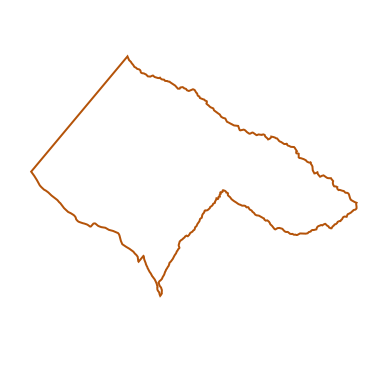 outline of Zonda, San Juan, Argentina, rotated 130°
{"feature_id": "61730980B79956801813082", "entity_name": "Zonda", "entity_type": "district", "adm_level": 2, "iso_a3": "ARG", "parent_name": "Argentina", "parent_adm1": "San Juan", "projection": "robinson", "projection_center": [-68.949, -31.574], "detail": "fine", "context": "isolated", "style": "outline", "palette": "amber", "viewbox_px": 384, "rotation_deg": 130, "n_neighbors": 0, "source": "geoboundaries", "source_scale": "gbopen_adm2", "svg_char_len": 5958}
<svg xmlns="http://www.w3.org/2000/svg" viewBox="0 0 384 384"><g transform="rotate(130 192 192)"><path d="M276.8,211.8L276.3,207.0L275.7,203.4L275.4,198.5L275.9,196.2L276.0,194.2L276.5,192.0L279.6,188.6L279.7,188.1L272.2,188.1L272.2,187.8L272.6,187.2L274.0,185.7L274.6,184.8L276.4,181.5L276.8,181.1L277.8,179.1L278.1,178.2L279.0,176.8L279.2,176.0L279.5,175.4L280.4,173.2L280.9,171.2L282.1,168.3L282.2,167.4L282.4,166.9L282.6,165.8L283.0,164.2L284.3,161.4L285.1,159.9L287.1,157.2L287.7,157.1L288.0,156.7L288.7,156.1L289.1,155.6L289.6,154.4L290.0,152.6L291.4,150.8L292.0,149.6L291.1,149.6L289.1,149.9L287.9,151.1L287.2,151.4L286.3,152.3L285.8,153.3L285.5,153.6L285.1,154.3L284.6,156.7L282.8,159.4L281.0,159.6L280.0,159.3L277.7,159.2L276.4,159.7L273.2,160.2L270.4,161.3L269.2,161.5L268.3,161.9L266.9,162.0L264.7,162.4L263.6,162.4L262.7,162.8L261.7,163.1L261.3,163.5L260.6,163.7L258.6,163.5L257.8,163.6L255.7,163.7L251.7,164.6L249.2,164.8L247.1,165.5L246.3,165.4L244.7,165.8L243.3,165.6L242.7,165.9L241.7,167.6L241.2,168.1L237.8,169.6L235.8,169.4L234.4,168.9L233.4,168.9L231.5,168.5L230.6,168.7L229.6,168.4L229.0,168.2L228.8,167.2L228.6,166.8L226.8,166.6L224.4,167.0L222.1,166.2L220.7,166.3L219.5,165.9L218.6,166.1L217.0,166.9L215.3,166.6L212.9,167.3L209.7,167.5L207.7,168.4L207.3,168.5L205.4,168.0L203.1,169.3L201.6,169.6L200.3,169.5L199.6,169.8L198.9,169.8L198.4,170.2L197.9,170.2L197.5,170.0L197.0,169.2L196.2,168.6L195.3,168.3L193.0,168.0L191.8,168.4L190.0,167.9L188.8,167.8L187.4,168.2L185.5,167.5L184.8,168.1L182.4,168.6L181.1,169.2L181.0,168.9L181.1,168.0L180.9,167.7L180.6,167.6L179.8,167.8L179.1,168.4L178.5,168.5L178.1,168.2L177.6,167.7L177.3,167.9L176.6,168.9L175.8,169.1L174.9,168.8L174.7,169.0L174.6,169.7L174.2,170.0L173.8,170.0L173.0,169.0L172.4,168.8L171.9,168.8L171.1,169.5L170.9,169.5L170.5,169.1L169.9,167.4L169.9,166.3L170.4,165.3L169.9,164.5L169.9,163.6L171.2,162.7L171.5,161.9L171.5,159.5L172.1,157.1L172.0,154.3L171.6,151.3L171.4,148.8L171.1,147.6L170.7,146.8L170.4,145.4L170.2,144.8L169.8,144.3L169.0,143.4L168.5,142.4L168.4,141.9L168.7,140.7L168.6,140.2L167.6,139.4L167.5,138.9L168.1,137.4L168.3,136.4L168.0,135.2L167.9,134.3L168.3,133.0L168.2,131.1L168.7,129.1L168.5,128.0L168.3,127.4L168.0,127.0L167.1,125.5L166.3,121.1L166.2,120.3L166.0,119.8L166.6,118.8L166.6,117.7L166.5,117.0L165.4,116.2L165.3,115.8L165.3,113.9L165.7,112.6L166.4,111.2L166.5,108.9L167.3,105.2L167.3,104.7L167.1,104.2L166.9,104.0L165.9,103.7L164.6,103.2L163.4,102.0L162.2,99.4L162.2,98.4L162.5,97.0L162.5,95.3L162.4,94.8L161.8,93.8L161.2,93.2L161.0,92.7L161.0,90.1L160.4,89.0L159.5,88.1L159.3,86.7L158.6,85.7L158.2,85.4L157.9,84.5L157.2,83.7L154.3,82.6L150.8,78.1L149.3,76.9L147.7,76.8L146.0,75.7L145.0,75.8L144.2,75.6L143.6,75.2L142.9,74.3L141.9,73.6L140.7,72.7L139.2,73.3L138.1,73.5L137.0,73.3L134.9,72.1L134.3,71.9L133.8,70.7L132.5,70.4L131.0,69.7L130.7,69.4L130.9,66.6L130.6,65.5L131.1,64.1L130.8,63.4L130.8,62.7L130.4,62.3L130.1,61.8L128.0,62.1L126.5,61.8L125.2,61.9L124.2,61.2L122.6,60.9L121.2,61.2L119.4,60.3L119.0,59.7L118.6,59.6L117.3,59.8L116.6,59.5L114.4,60.0L114.0,59.9L113.3,59.7L112.6,59.2L111.6,57.6L109.2,58.4L108.6,58.3L107.3,57.6L105.1,56.9L104.1,56.9L102.9,56.6L102.7,56.7L102.0,56.6L101.6,56.4L100.6,55.6L100.0,55.4L98.9,55.4L97.7,56.3L95.7,58.5L95.1,58.9L94.5,59.0L95.1,60.8L95.8,64.5L95.8,65.6L95.0,67.2L93.1,70.0L92.6,71.2L92.8,72.4L93.9,74.0L93.9,74.7L93.7,76.0L93.8,76.6L94.3,77.4L95.3,79.9L95.5,80.3L96.2,80.8L96.3,81.8L96.1,82.7L95.1,84.0L94.9,84.0L95.0,84.7L95.7,86.0L96.2,86.5L96.3,86.8L95.7,88.5L94.8,89.7L94.2,90.2L92.9,90.9L92.4,93.7L92.1,94.4L93.5,96.1L94.1,97.0L94.4,98.0L94.7,101.9L96.3,103.0L97.7,103.5L98.0,103.8L97.4,107.0L96.3,108.6L98.1,109.4L99.1,110.2L97.8,113.4L95.0,116.2L94.4,117.6L94.0,119.1L93.2,119.7L93.1,120.0L93.1,120.3L93.6,120.4L94.3,121.5L94.6,122.5L94.8,123.8L94.5,125.1L95.0,127.5L96.1,130.3L96.8,131.4L96.9,131.9L96.9,132.5L94.1,134.9L94.2,135.3L95.2,136.8L95.0,137.4L94.0,138.1L93.3,137.9L92.5,140.6L92.1,141.6L92.0,142.8L93.8,145.2L94.3,147.2L94.8,148.5L94.7,149.4L94.2,150.0L94.2,150.5L95.0,151.1L96.0,152.2L96.4,155.9L96.8,156.9L96.9,158.3L96.6,159.4L96.3,161.3L96.8,162.1L97.0,163.5L97.6,165.0L98.6,166.9L99.2,166.5L101.2,166.7L102.8,167.5L102.5,168.6L102.4,171.6L101.6,173.0L101.9,174.2L103.0,175.2L103.4,175.2L105.1,178.0L106.6,178.8L107.0,179.2L107.3,183.2L107.6,183.9L108.0,184.2L109.8,184.9L110.5,185.6L110.8,188.3L110.6,190.8L110.7,191.7L111.0,192.5L113.7,194.6L113.9,195.2L113.2,196.6L111.7,199.1L114.0,202.6L115.7,210.5L114.3,213.7L115.3,216.1L115.6,218.0L114.8,220.6L115.0,222.6L115.3,227.6L114.3,229.4L115.1,232.1L115.2,233.5L115.0,234.9L115.1,235.5L115.1,237.5L115.0,237.8L113.5,238.4L113.0,239.1L113.5,240.7L113.4,242.2L113.7,242.7L114.9,246.3L114.1,247.8L114.4,248.6L114.4,249.5L114.0,250.4L113.2,251.4L113.2,252.6L112.2,255.4L112.4,256.6L112.7,257.3L116.4,259.2L116.7,259.5L117.3,261.3L116.9,262.7L117.0,263.2L117.6,264.6L117.5,265.6L117.7,266.6L119.4,268.1L120.8,267.9L121.9,269.2L121.3,273.3L122.0,279.3L121.9,280.0L122.7,281.3L122.9,282.3L123.9,283.6L124.2,284.2L123.9,285.5L125.1,287.5L125.2,287.9L125.2,288.9L125.0,290.0L125.7,290.2L126.6,291.4L127.9,294.5L127.9,296.8L129.0,297.5L130.4,298.1L131.8,300.2L131.5,302.6L132.1,305.1L133.0,306.5L133.3,307.5L133.1,308.3L132.2,309.5L132.0,310.1L132.0,311.2L132.9,313.1L132.8,314.9L133.2,316.5L132.5,318.6L132.1,321.0L131.6,322.4L131.4,325.0L129.6,328.6L279.8,328.3L281.0,323.4L282.6,318.4L284.8,312.8L285.1,310.5L285.3,306.9L284.9,304.9L284.7,301.9L285.0,297.4L284.7,289.9L285.2,287.1L285.2,285.7L286.6,279.6L286.9,274.0L286.2,271.4L285.8,268.6L285.7,267.0L286.2,264.9L287.4,263.1L287.7,261.2L287.7,260.0L287.4,259.0L286.1,255.6L285.4,254.2L284.4,251.6L284.2,250.6L284.0,247.9L283.6,247.4L283.4,247.3L279.6,247.2L278.8,246.6L278.4,246.0L278.3,245.7L278.3,242.3L278.0,241.1L277.2,238.9L275.1,235.4L274.4,231.3L272.6,227.5L271.0,222.2L271.2,221.2L271.8,219.8L275.2,215.0L276.8,211.8Z" fill="none" stroke="#b45309" stroke-width="2"/></g></svg>